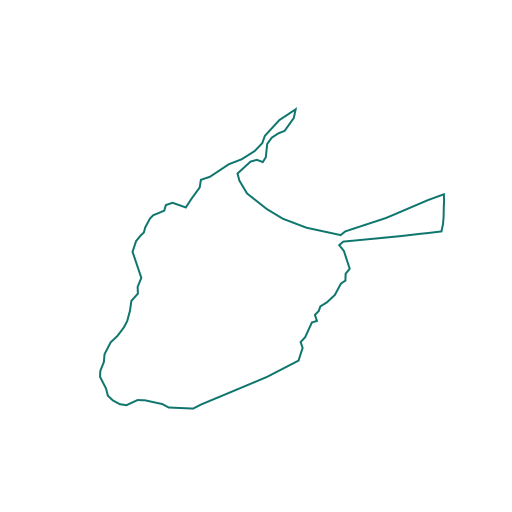 Terra de Areia, Rio Grande do Sul, Brazil, rotated 333°
{"feature_id": "56859067B77707117894632", "entity_name": "Terra de Areia", "entity_type": "district", "adm_level": 2, "iso_a3": "BRA", "parent_name": "Brazil", "parent_adm1": "Rio Grande do Sul", "projection": "mercator", "projection_center": [-50.048, -29.591], "detail": "fine", "context": "isolated", "style": "outline", "palette": "teal", "viewbox_px": 512, "rotation_deg": 333, "n_neighbors": 0, "source": "geoboundaries", "source_scale": "gbopen_adm2", "svg_char_len": 1316}
<svg xmlns="http://www.w3.org/2000/svg" viewBox="0 0 512 512"><g transform="rotate(333 256 256)"><path d="M346.8,274.6L340.9,275.8L313.9,253.8L296.9,235.1L286.9,219.0L276.4,196.2L275.4,181.2L277.0,174.1L294.0,169.4L300.4,170.7L304.7,175.4L309.6,172.4L316.9,161.2L323.8,157.7L331.4,156.9L338.3,157.5L352.3,150.2L357.9,143.3L338.5,145.5L318.4,153.0L312.8,158.3L302.4,161.9L287.1,163.3L273.4,161.9L251.0,164.5L241.5,163.1L236.9,169.4L224.7,175.6L215.5,180.9L205.8,170.7L198.8,169.7L194.9,173.9L189.8,173.6L183.0,173.0L178.5,174.5L170.2,180.3L166.8,184.1L162.2,185.5L155.9,188.3L147.9,196.2L143.9,223.4L136.5,229.8L133.7,235.9L124.6,239.4L118.8,247.6L111.6,255.6L105.7,259.7L96.3,264.3L87.4,266.9L76.5,274.7L72.3,281.4L65.2,287.6L62.2,292.8L62.2,306.0L60.6,313.3L62.9,319.7L67.4,326.2L72.8,330.1L85.1,330.6L91.6,334.2L99.4,340.6L105.2,345.3L109.5,351.4L130.7,363.4L139.8,363.4L210.7,368.7L246.4,368.5L255.8,359.1L256.7,352.9L262.9,350.7L275.6,340.6L280.8,341.5L281.8,335.2L286.9,333.5L290.5,330.1L298.1,329.5L308.6,326.5L319.2,319.1L324.5,318.5L327.8,312.5L333.7,309.9L336.6,291.4L335.1,284.1L340.3,282.8L394.6,304.2L412.7,310.9L419.6,313.6L432.4,318.3L437.1,312.5L440.8,306.5L445.3,298.1L448.6,292.3L451.4,286.3L435.1,284.3L396.6,281.7L388.8,281.1L346.8,274.6Z" fill="none" stroke="#0f766e" stroke-width="2"/></g></svg>